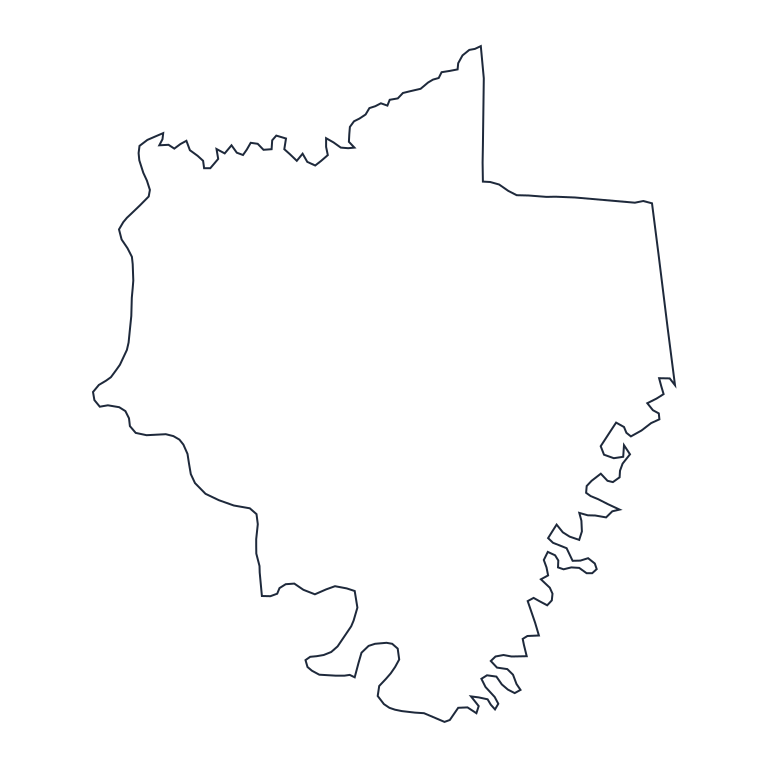 Ubiratã, Paraná, Brazil
{"feature_id": "56859067B31755349623241", "entity_name": "Ubiratã", "entity_type": "district", "adm_level": 2, "iso_a3": "BRA", "parent_name": "Brazil", "parent_adm1": "Paraná", "projection": "mercator", "projection_center": [-53.022, -24.51], "detail": "fine", "context": "isolated", "style": "outline", "palette": "slate", "viewbox_px": 768, "rotation_deg": 0, "n_neighbors": 0, "source": "geoboundaries", "source_scale": "gbopen_adm2", "svg_char_len": 3718}
<svg xmlns="http://www.w3.org/2000/svg" viewBox="0 0 768 768"><path d="M277.2,593.7L279.5,588.1L285.7,584.2L294.3,583.6L303.4,589.8L314.9,594.3L326.1,589.4L335.0,586.2L346.7,588.4L354.7,591.0L357.4,607.6L353.6,620.6L351.2,626.3L337.6,646.4L331.2,652.0L323.7,655.0L316.6,656.2L310.2,656.8L305.5,660.1L307.5,667.0L311.9,670.7L319.3,674.7L336.3,675.7L344.2,675.7L349.7,674.9L354.7,677.3L358.5,663.0L361.5,652.7L368.6,645.9L375.0,643.8L386.5,642.8L392.2,643.8L397.7,648.6L399.2,659.5L395.1,667.0L390.7,673.4L386.0,678.8L379.2,686.0L377.7,696.0L383.9,704.1L389.4,707.8L395.0,709.7L401.9,711.1L414.8,712.6L424.0,713.2L444.5,721.9L449.8,720.0L458.2,707.8L467.5,707.4L476.4,713.2L478.7,706.1L471.0,696.4L478.7,697.4L487.6,699.3L490.8,704.7L495.0,709.4L498.3,703.8L494.7,697.0L485.5,687.0L481.4,678.8L487.0,675.3L496.4,676.6L501.8,684.4L507.9,689.6L514.7,693.1L520.5,689.9L516.5,684.0L513.0,674.7L507.3,669.1L497.0,667.6L490.8,661.0L495.5,656.5L503.5,655.0L511.5,656.5L526.7,656.2L523.9,644.8L522.7,638.9L527.4,636.0L538.9,635.5L535.1,622.7L527.7,601.1L533.6,597.9L539.3,601.1L547.2,605.3L551.8,600.4L552.5,593.7L549.8,587.7L540.9,579.3L548.1,575.4L546.5,567.4L543.8,560.0L547.8,551.9L555.1,555.3L558.3,560.5L558.0,567.4L563.6,569.3L571.3,567.4L579.2,567.9L586.6,573.2L592.2,573.2L596.7,569.1L594.8,563.5L588.1,558.2L580.4,560.6L572.6,560.8L566.6,548.2L553.0,542.8L548.1,538.1L552.1,531.7L556.6,524.6L562.8,532.3L569.6,536.6L579.2,539.9L581.9,531.4L581.4,520.7L579.3,512.9L587.8,515.3L595.2,515.5L606.1,517.4L612.3,511.3L619.6,509.6L607.8,504.1L598.2,499.2L590.7,496.1L586.1,492.8L586.7,486.0L591.6,480.8L600.8,473.7L607.5,480.8L612.9,482.1L619.6,477.3L620.0,470.7L622.6,463.6L630.0,454.3L624.0,445.2L623.2,456.8L613.8,458.2L604.0,454.7L600.7,446.2L610.2,431.6L616.1,422.6L624.0,427.0L626.4,432.8L630.9,436.4L641.5,430.5L651.1,423.1L659.4,419.3L658.8,413.4L652.9,410.2L647.3,403.2L656.5,398.6L663.6,394.1L661.2,386.0L659.1,378.2L669.7,378.4L675.0,385.2L667.6,327.6L658.5,254.1L652.0,203.3L643.2,201.0L634.9,202.7L575.1,197.5L555.4,196.7L546.6,196.9L528.6,195.5L516.7,195.2L508.3,190.9L499.1,184.5L490.2,182.0L482.9,181.6L482.6,162.6L482.9,145.7L483.8,78.3L480.8,46.1L474.9,48.9L469.3,49.9L462.5,55.4L458.2,63.2L457.6,69.4L449.8,70.9L441.6,72.2L438.7,78.0L433.0,79.6L428.1,82.5L420.6,88.8L409.8,91.3L402.9,93.0L397.8,98.4L389.7,99.8L387.4,105.6L380.9,103.3L375.3,106.2L369.4,108.1L365.6,114.5L359.4,118.6L354.0,121.3L349.9,126.9L349.3,134.1L348.9,141.8L354.4,147.6L348.2,148.2L340.8,147.6L333.5,142.4L326.1,138.2L326.1,146.9L327.8,155.1L321.1,160.9L315.2,165.5L307.3,161.9L302.6,153.7L296.8,160.8L289.8,154.1L284.3,149.2L286.0,138.5L276.3,135.6L272.2,140.3L271.6,149.2L263.5,149.8L257.7,143.8L250.7,142.8L246.8,149.6L243.0,155.0L236.8,152.7L231.5,145.3L224.7,153.4L216.5,149.0L218.2,158.9L210.3,168.2L204.1,168.2L203.1,160.8L197.6,155.8L189.9,150.2L186.4,140.8L180.5,144.0L174.3,148.6L168.5,144.8L159.3,145.3L162.5,139.2L163.2,133.1L155.7,136.3L147.4,139.9L139.5,145.9L138.6,153.1L139.3,160.3L143.3,172.8L146.9,180.6L149.9,189.9L148.7,196.5L140.1,205.2L132.4,212.6L126.9,217.8L123.3,222.1L119.0,229.4L121.6,239.5L127.5,248.2L131.9,256.8L132.7,264.1L133.3,280.6L132.7,288.1L131.8,297.8L131.3,316.0L130.1,327.6L128.6,342.5L126.9,349.9L119.9,364.8L115.7,370.7L110.9,377.2L106.0,380.7L98.9,384.9L93.0,392.0L94.4,400.1L99.8,406.7L107.9,405.3L119.2,407.2L125.4,411.1L129.0,418.3L129.9,426.1L135.7,432.9L146.6,435.2L165.8,434.2L173.4,436.1L179.4,439.6L183.4,444.6L187.5,453.9L189.0,463.6L190.8,474.1L195.0,483.1L205.5,493.8L218.9,500.2L233.8,505.5L249.8,508.3L256.5,514.1L257.8,524.2L256.2,539.1L256.2,546.3L256.3,553.6L259.5,566.0L259.7,572.5L261.9,596.0L270.4,596.2L277.2,593.7Z" fill="none" stroke="#1e293b" stroke-width="2"/></svg>